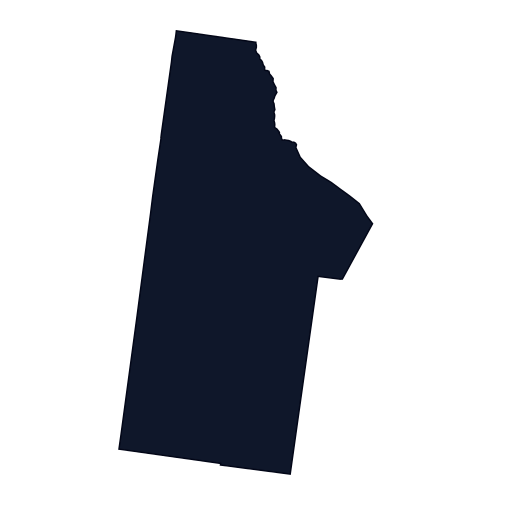 the district of Las Animas, Colorado, United States of America, rotated 98°
{"feature_id": "52423323B39140554867058", "entity_name": "Las Animas", "entity_type": "district", "adm_level": 2, "iso_a3": "USA", "parent_name": "United States of America", "parent_adm1": "Colorado", "projection": "equal_earth", "projection_center": [-104.663, 37.405], "detail": "fine", "context": "isolated", "style": "filled", "palette": "ink", "viewbox_px": 512, "rotation_deg": 98, "n_neighbors": 0, "source": "geoboundaries", "source_scale": "gbopen_adm2", "svg_char_len": 1298}
<svg xmlns="http://www.w3.org/2000/svg" viewBox="0 0 512 512"><g transform="rotate(98 256 256)"><path d="M207.8,145.1L201.0,151.8L189.8,161.0L183.8,171.2L178.0,182.1L172.8,191.6L167.8,203.2L160.2,216.5L152.1,226.0L143.0,231.7L140.2,231.4L138.8,232.5L138.1,234.1L138.1,235.1L138.4,236.4L137.7,237.3L137.1,239.7L137.1,242.5L137.0,243.8L137.5,245.2L137.3,246.5L135.4,247.3L134.4,247.4L133.8,247.8L132.3,249.3L131.4,250.1L130.4,250.0L129.4,250.8L129.0,251.3L127.5,252.8L126.1,255.5L123.3,255.7L121.6,256.1L119.3,257.1L117.0,256.9L115.0,257.0L113.6,257.2L110.9,258.4L108.5,257.7L105.4,258.7L102.6,259.4L101.0,260.5L99.3,260.7L97.3,260.0L94.8,259.6L92.8,258.8L91.0,258.1L89.0,259.4L86.5,259.6L84.0,261.5L81.0,263.5L77.9,263.7L75.3,266.2L73.9,267.9L71.3,268.9L70.8,270.8L71.0,271.9L70.7,273.3L69.7,273.5L67.7,273.7L65.9,275.4L64.1,276.2L63.3,276.5L61.5,277.9L60.5,279.6L58.2,280.0L56.4,281.3L54.9,283.6L52.2,285.1L49.3,284.7L47.2,285.0L45.0,285.9L44.4,285.9L44.1,366.2L47.9,366.1L51.1,366.1L69.8,366.9L75.6,366.7L130.4,366.7L148.2,366.7L152.1,366.6L152.3,366.4L173.8,366.6L210.7,366.6L228.7,366.3L278.2,365.9L334.0,365.4L452.0,364.8L466.3,364.8L466.3,262.1L467.9,262.1L467.2,191.8L400.4,191.8L267.5,191.7L267.2,169.6L266.8,167.3L207.8,145.1Z" fill="#0f172a" stroke="#020617" stroke-width="1.5"/></g></svg>